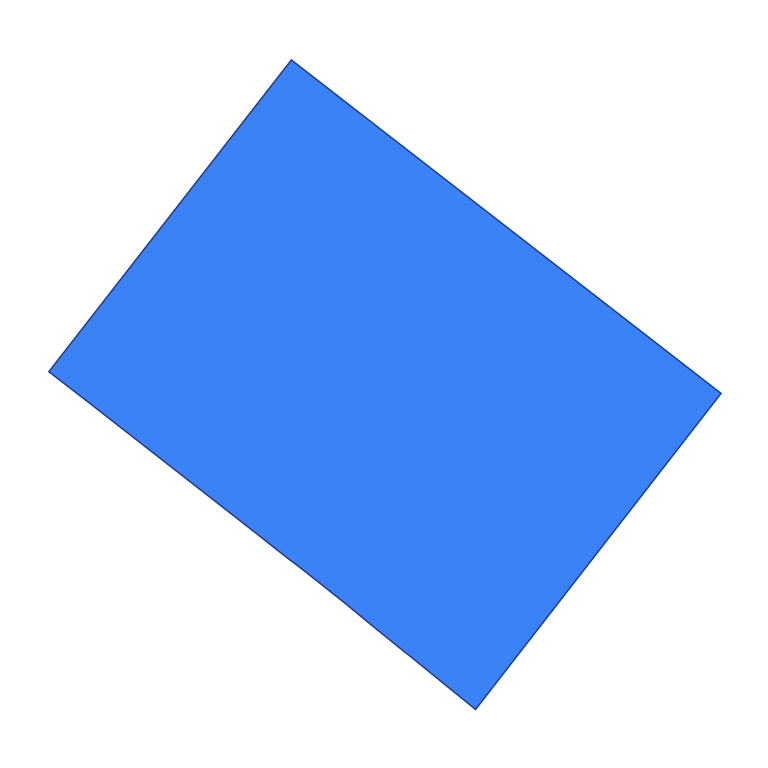 Bailey, Texas, United States of America (Albers equal-area conic projection), rotated 308°
{"feature_id": "52423323B27652723515833", "entity_name": "Bailey", "entity_type": "district", "adm_level": 2, "iso_a3": "USA", "parent_name": "United States of America", "parent_adm1": "Texas", "projection": "albers", "projection_center": [-102.997, 34.069], "detail": "fine", "context": "isolated", "style": "filled", "palette": "blue", "viewbox_px": 768, "rotation_deg": 308, "n_neighbors": 0, "source": "geoboundaries", "source_scale": "gbopen_adm2", "svg_char_len": 483}
<svg xmlns="http://www.w3.org/2000/svg" viewBox="0 0 768 768"><g transform="rotate(308 384 384)"><path d="M584.1,655.4L582.3,111.5L187.3,112.3L187.4,123.5L187.5,138.3L187.6,174.5L187.6,335.2L187.6,363.0L187.6,372.5L187.5,390.7L187.4,405.3L187.4,412.5L187.4,413.8L187.4,414.7L187.4,419.4L187.6,424.5L187.6,440.9L187.5,448.6L187.5,457.0L187.2,489.3L186.3,521.7L185.5,565.5L185.6,570.8L184.4,628.0L183.9,656.5L584.1,655.4Z" fill="#3b82f6" stroke="#1e3a8a" stroke-width="1.5"/></g></svg>